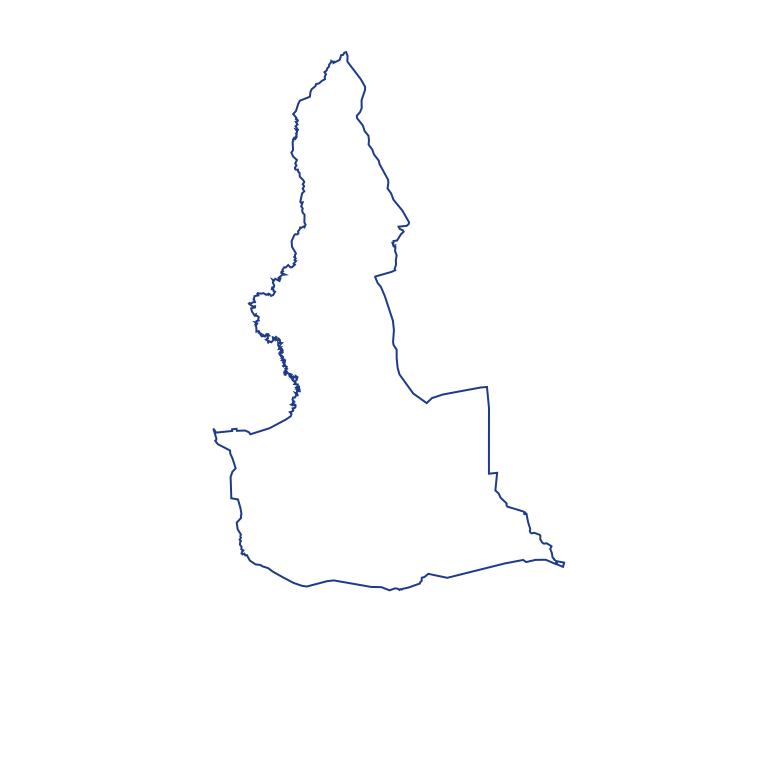 the district of Madrid, Cundinamarca, Colombia, rotated 312°
{"feature_id": "7082276B83937578345103", "entity_name": "Madrid", "entity_type": "district", "adm_level": 2, "iso_a3": "COL", "parent_name": "Colombia", "parent_adm1": "Cundinamarca", "projection": "albers", "projection_center": [-74.258, 4.77], "detail": "fine", "context": "isolated", "style": "outline", "palette": "blue", "viewbox_px": 768, "rotation_deg": 312, "n_neighbors": 0, "source": "geoboundaries", "source_scale": "gbopen_adm2", "svg_char_len": 6166}
<svg xmlns="http://www.w3.org/2000/svg" viewBox="0 0 768 768"><g transform="rotate(312 384 384)"><path d="M595.3,134.2L588.9,131.7L589.9,131.0L589.0,130.2L588.8,128.6L587.2,129.5L584.7,129.5L583.1,130.8L580.7,130.6L578.7,131.6L575.9,131.1L575.4,133.6L572.8,134.3L571.0,136.2L567.8,135.0L563.9,134.6L561.5,132.8L559.6,133.7L554.6,133.0L551.9,133.9L547.9,136.7L538.2,131.9L534.8,132.8L528.1,135.9L523.8,135.9L523.2,140.7L522.0,141.3L522.5,142.6L522.1,143.7L521.2,143.9L519.9,143.0L518.9,146.1L516.3,145.8L515.3,150.0L514.7,150.0L514.1,148.4L513.7,150.2L512.6,151.1L511.3,151.0L510.9,152.3L509.0,152.9L509.5,153.3L509.0,153.9L506.6,154.1L506.7,152.5L504.5,152.9L504.1,153.9L502.6,154.2L497.1,159.8L493.9,160.4L492.2,164.5L492.2,169.4L488.6,170.4L487.8,172.7L485.3,173.0L484.3,174.0L484.3,175.1L485.7,176.6L484.4,178.0L484.4,179.9L481.7,182.7L481.4,188.0L480.6,189.7L478.1,189.9L477.6,192.3L474.7,192.9L473.9,195.8L470.8,195.6L463.4,199.9L463.1,200.8L464.6,202.0L460.6,203.6L460.0,206.2L458.3,207.0L457.0,208.7L456.6,211.7L450.8,216.7L449.9,219.1L447.3,220.0L447.3,218.9L444.7,218.1L444.3,217.0L442.5,217.9L440.0,218.0L438.5,219.7L437.1,219.4L436.0,217.9L434.6,217.7L428.3,219.8L424.4,223.8L422.1,231.2L420.3,231.5L419.3,232.5L418.3,232.3L418.3,234.3L416.3,234.6L416.6,236.3L412.9,236.4L413.0,237.9L409.3,237.5L408.1,236.4L408.3,233.2L404.9,233.0L403.9,231.7L400.6,232.2L400.1,233.6L398.4,232.8L397.8,233.4L399.1,237.2L397.1,235.4L392.3,234.6L391.6,235.3L392.9,236.5L390.6,237.4L389.4,232.7L387.2,233.0L386.9,231.5L386.4,233.0L385.1,233.4L383.6,236.7L382.1,237.3L381.0,236.3L379.4,237.2L380.3,238.4L379.2,239.8L379.7,241.3L376.0,242.1L373.9,241.1L374.3,239.0L373.8,237.8L372.7,238.2L372.4,237.0L371.4,236.7L370.9,233.7L368.7,232.0L367.0,229.4L366.2,229.5L365.7,231.3L362.7,229.0L359.6,230.6L358.9,229.9L359.8,231.0L358.5,233.3L357.2,232.0L354.7,231.3L354.2,229.9L353.3,229.9L353.6,233.3L354.3,235.4L355.5,236.2L354.6,236.9L351.3,234.7L349.6,237.2L348.4,241.5L349.9,242.1L348.6,242.8L349.8,244.2L349.9,246.2L347.5,247.5L347.3,248.3L345.5,247.2L344.4,248.2L343.7,247.1L343.7,248.2L342.6,248.5L343.6,249.4L341.2,249.9L340.8,251.1L337.5,254.2L339.5,255.5L339.1,256.7L338.3,256.9L339.1,259.0L338.1,259.0L337.6,261.2L338.7,262.2L338.9,261.2L339.6,261.3L339.6,263.7L342.1,263.2L343.5,264.3L343.2,266.3L341.5,265.1L340.4,267.2L338.0,266.7L338.8,269.8L337.5,269.8L337.3,270.3L339.1,270.4L339.6,272.3L342.5,272.4L344.3,270.2L345.1,271.9L344.4,273.2L346.7,272.3L346.8,273.1L344.9,273.9L345.2,276.0L347.2,275.5L347.0,277.2L345.2,279.3L346.1,280.7L344.8,280.6L343.8,277.8L341.9,279.5L341.6,280.4L342.5,281.1L341.0,281.9L342.0,282.7L339.9,282.7L341.7,284.4L341.3,285.9L339.8,285.2L338.3,285.4L340.4,286.6L339.8,287.5L338.9,287.4L338.4,286.3L337.0,287.0L336.2,286.7L335.8,288.6L336.6,289.0L336.6,290.0L335.1,290.4L336.1,291.3L334.7,292.2L333.2,292.2L333.5,293.0L334.8,293.6L333.5,294.2L335.0,294.9L333.4,295.9L332.2,295.7L332.1,297.1L329.9,296.9L329.8,297.6L331.4,298.3L331.7,300.2L330.7,300.4L330.5,301.5L329.3,300.7L329.0,301.9L327.4,301.7L328.0,303.3L326.5,303.3L325.6,302.4L324.5,303.8L324.9,304.7L326.3,304.2L327.6,305.0L329.2,309.0L328.2,309.2L328.0,307.9L327.3,307.6L326.4,309.0L326.6,311.2L327.3,311.8L328.0,311.1L328.1,311.7L326.2,312.4L325.8,313.4L326.4,313.7L329.2,311.9L330.2,313.8L329.7,314.7L330.5,314.7L331.0,313.8L331.2,315.1L328.2,316.5L325.7,315.6L325.7,317.4L324.0,317.5L326.0,320.3L324.9,321.3L322.6,321.0L323.0,322.1L324.9,322.9L324.2,323.5L322.1,322.6L323.4,325.0L322.2,326.2L320.6,324.0L319.2,325.1L318.4,325.1L318.0,324.1L317.8,325.1L318.5,326.2L317.8,327.3L316.4,326.3L314.3,326.8L313.1,325.5L311.1,326.5L310.7,329.2L309.5,328.5L308.6,329.6L306.6,328.8L307.0,330.5L309.0,331.2L309.1,332.5L308.2,332.7L307.8,333.6L306.6,333.7L304.7,332.4L304.0,334.1L302.8,334.4L300.1,332.9L299.9,335.3L297.6,336.3L292.1,334.9L274.5,328.5L257.2,318.3L257.8,315.9L256.4,311.8L250.8,306.0L252.0,304.3L248.7,301.4L247.5,302.6L235.6,291.8L236.7,287.0L231.3,295.9L230.3,296.7L229.0,296.5L228.7,297.1L228.1,301.0L231.6,314.1L229.4,316.3L227.2,321.4L222.0,330.2L217.3,330.1L212.3,332.2L196.9,347.0L200.5,352.7L195.9,360.1L191.9,365.2L190.5,365.6L188.8,367.4L182.4,367.3L178.1,372.5L176.4,378.4L174.7,379.1L173.9,380.6L171.7,380.9L171.6,382.7L170.4,382.8L168.2,384.5L167.8,387.0L165.7,388.6L166.2,390.8L164.1,390.8L162.7,391.6L162.8,393.0L164.5,393.7L163.8,395.7L165.1,396.6L163.0,402.5L164.0,409.2L166.9,413.4L167.1,415.5L169.6,421.0L170.2,427.1L172.5,437.4L175.7,450.0L179.0,457.8L181.8,462.1L199.6,473.8L204.5,478.2L224.7,510.4L231.3,518.0L234.4,526.2L239.6,529.0L241.2,531.5L241.3,533.3L242.5,533.4L243.0,534.7L244.1,534.8L248.8,538.2L259.6,544.1L261.1,543.5L262.8,543.8L265.3,541.7L267.8,543.3L272.5,543.9L282.3,560.7L331.7,594.0L346.4,605.2L346.8,608.8L354.7,614.3L361.6,621.8L365.0,631.8L367.2,631.1L367.4,631.6L365.7,633.2L367.9,639.4L371.8,637.4L367.8,630.8L367.3,627.7L368.0,627.1L367.8,625.5L370.8,621.7L372.6,617.9L375.5,617.1L374.5,611.5L372.3,609.6L372.0,607.8L373.2,604.0L375.9,601.7L376.1,600.6L374.0,595.4L371.6,593.4L371.7,592.0L372.3,590.7L374.1,589.7L377.7,583.6L382.8,576.8L381.2,575.4L381.5,574.8L382.9,574.8L382.4,572.6L375.4,557.7L375.8,556.3L377.3,555.0L377.5,546.8L379.3,542.6L379.4,538.0L393.7,527.5L387.6,522.1L388.0,521.6L436.4,478.1L450.7,462.5L446.1,458.2L415.9,435.0L405.7,429.1L398.4,428.5L396.5,412.1L401.5,389.0L405.3,383.1L411.7,376.1L418.0,370.4L419.4,365.0L421.3,362.6L430.6,355.4L436.9,348.4L449.7,326.1L454.1,316.7L454.8,311.8L457.5,305.9L458.0,305.6L472.4,314.6L476.1,316.2L476.7,314.9L480.8,313.0L484.0,309.9L488.0,307.4L490.3,303.1L493.5,300.8L493.0,299.9L494.3,299.4L493.0,298.5L494.6,295.8L495.4,296.5L496.6,295.4L499.4,297.7L506.5,296.4L510.3,296.7L510.8,295.1L509.8,292.0L510.7,289.6L516.7,295.0L519.5,295.3L520.9,294.5L525.2,281.5L527.3,267.7L530.4,261.8L531.7,255.8L536.7,252.4L538.5,250.4L544.5,233.4L546.5,230.7L547.9,222.9L550.4,218.4L551.6,212.4L555.2,209.6L558.1,206.3L558.9,200.6L562.0,195.2L563.5,186.1L565.2,184.3L569.9,184.3L574.0,182.9L579.8,177.5L589.9,173.1L592.2,171.1L595.0,162.7L599.1,141.0L603.4,137.4L605.3,133.8L603.7,132.8L601.3,133.4L599.7,132.1L595.3,134.2Z" fill="none" stroke="#1e3a8a" stroke-width="2"/></g></svg>